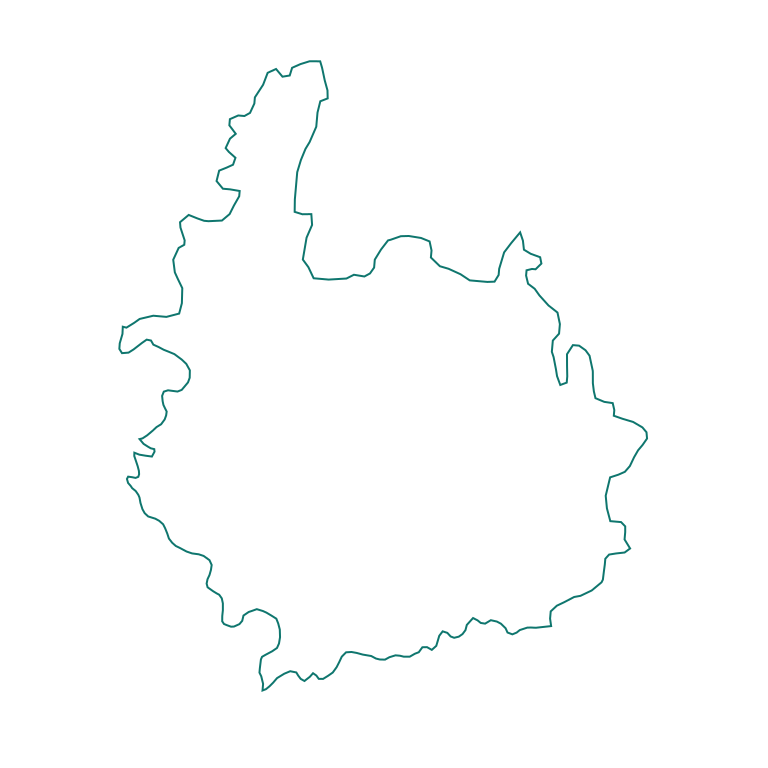 Asipovichy, Mogilev, Belarus, rotated 95°
{"feature_id": "67162791B915008440335", "entity_name": "Asipovichy", "entity_type": "district", "adm_level": 2, "iso_a3": "BLR", "parent_name": "Belarus", "parent_adm1": "Mogilev", "projection": "mercator", "projection_center": [28.671, 53.35], "detail": "fine", "context": "isolated", "style": "outline", "palette": "teal", "viewbox_px": 768, "rotation_deg": 95, "n_neighbors": 0, "source": "geoboundaries", "source_scale": "gbopen_adm2", "svg_char_len": 4556}
<svg xmlns="http://www.w3.org/2000/svg" viewBox="0 0 768 768"><g transform="rotate(95 384 384)"><path d="M460.2,622.7L464.6,618.3L467.1,613.5L468.4,610.7L468.9,607.2L471.4,606.7L476.5,608.9L476.2,615.3L475.7,621.6L474.2,626.7L477.5,626.5L482.3,624.4L487.4,622.2L491.9,620.6L495.2,620.1L497.9,620.7L499.2,623.3L498.8,626.8L498.6,630.8L501.0,631.8L504.9,630.3L507.7,627.4L509.7,625.8L512.3,622.0L515.8,619.1L518.4,617.7L523.8,616.2L529.8,613.7L533.6,611.1L536.5,607.4L538.1,600.1L539.9,596.0L543.0,591.8L546.7,589.5L551.8,586.9L556.7,584.8L560.6,581.2L563.5,577.3L565.1,573.1L568.1,566.1L569.5,560.4L569.8,553.7L571.0,548.7L574.7,542.5L579.3,539.9L584.3,540.2L589.5,541.2L593.9,542.8L598.3,543.3L601.9,542.0L605.3,536.2L607.1,532.6L608.3,529.8L611.7,526.9L616.6,525.4L623.4,524.8L629.2,524.9L634.5,524.5L637.0,522.5L637.9,519.7L639.1,515.2L638.7,512.3L635.8,507.1L632.3,504.6L626.9,503.8L622.9,498.9L621.7,496.1L619.4,491.1L620.7,484.9L622.0,481.2L624.6,475.8L627.2,470.8L631.8,468.5L637.7,466.4L645.3,465.5L651.7,466.0L656.3,467.6L660.0,472.1L664.1,478.4L666.4,481.7L669.1,482.6L678.0,482.9L682.4,482.9L685.9,480.8L693.3,478.3L699.9,478.3L698.3,475.0L695.1,471.7L691.3,468.5L686.3,464.9L681.3,458.1L678.3,452.4L679.0,446.2L681.9,444.1L685.0,441.3L686.8,437.4L682.2,432.4L678.3,429.5L680.3,426.0L683.4,423.3L683.1,419.0L679.5,414.2L675.9,409.9L670.2,406.5L665.0,404.4L659.3,402.3L654.6,398.4L653.8,393.0L654.3,387.7L655.4,381.6L656.1,373.0L658.2,368.1L658.8,364.2L658.5,359.0L655.7,354.8L653.3,348.9L653.3,344.5L653.9,340.6L653.4,334.6L650.0,329.7L648.2,326.0L642.9,322.8L642.4,318.2L644.7,313.2L640.3,309.1L636.4,308.3L630.0,307.0L625.3,304.0L626.4,299.2L629.7,295.6L630.7,292.0L629.2,287.5L626.3,284.0L622.1,281.4L616.8,280.5L609.4,274.9L611.3,270.2L613.6,266.8L613.9,262.4L610.0,257.0L610.8,250.9L612.6,246.6L616.7,241.6L620.8,239.3L622.2,234.3L620.1,230.2L617.3,227.3L614.2,220.0L613.8,216.4L613.6,211.5L610.6,196.4L603.3,198.1L596.0,198.1L589.8,192.5L585.8,185.7L579.6,176.0L577.9,169.8L571.6,159.1L562.6,150.0L559.8,148.9L551.3,148.6L544.5,148.3L538.8,148.3L534.3,144.9L532.6,138.1L530.9,129.6L526.4,124.5L517.9,130.8L510.5,130.8L504.8,131.3L500.9,135.8L500.9,146.6L488.4,151.1L476.0,153.4L457.3,150.6L453.9,142.6L450.5,136.4L444.3,131.9L435.2,128.5L427.9,125.1L422.2,121.1L415.4,117.2L409.2,118.3L404.7,122.8L400.1,132.5L397.9,143.2L395.6,152.3L389.9,152.3L383.1,154.5L382.6,163.0L379.7,172.1L373.0,174.3L365.0,176.0L354.0,177.0L352.6,177.2L337.9,181.7L332.8,186.2L328.8,193.0L328.8,199.2L338.4,204.3L350.3,203.2L360.5,202.1L366.7,202.1L369.6,208.3L361.1,212.3L354.3,214.0L342.4,217.4L337.3,219.6L331.6,219.6L326.0,219.6L318.6,214.0L309.0,214.0L297.7,217.4L291.4,227.0L282.2,236.9L276.0,242.2L271.6,249.2L263.6,251.9L258.3,251.9L256.5,246.6L256.5,243.0L250.3,237.7L244.1,239.5L241.5,249.2L238.0,256.3L229.1,258.1L221.1,261.6L232.6,269.6L242.4,275.8L259.2,279.3L265.4,279.3L272.4,282.8L273.3,289.9L273.3,300.5L273.3,307.6L268.0,317.3L263.6,329.7L261.8,338.6L253.9,348.3L246.8,348.3L238.0,351.0L235.3,359.8L234.4,372.2L235.3,380.1L239.7,389.9L240.6,392.5L250.3,398.7L260.9,404.0L268.9,404.0L275.1,407.6L278.6,412.9L277.8,423.5L282.2,430.6L284.8,448.2L284.8,463.3L274.2,469.5L267.1,475.7L245.0,473.9L231.8,469.5L221.1,471.2L222.0,480.1L220.3,488.0L207.9,488.9L193.7,488.9L180.5,488.9L168.1,486.3L156.6,482.7L149.5,479.2L133.6,473.9L119.4,473.9L107.9,472.1L104.4,465.0L96.4,465.9L86.7,469.5L75.2,473.0L74.0,473.4L68.1,475.7L69.0,486.3L72.6,495.1L77.0,503.1L84.9,504.8L86.7,511.9L79.6,519.0L84.1,527.0L96.4,530.5L109.7,537.6L115.9,537.6L125.6,541.1L129.2,546.4L129.2,552.6L133.6,560.6L139.8,560.6L147.7,553.5L153.0,558.8L162.8,562.3L166.3,558.8L171.6,551.7L178.7,553.5L182.2,559.7L185.8,566.8L196.4,568.5L203.5,561.5L203.5,554.4L204.3,544.6L209.6,544.6L219.4,549.1L228.2,552.6L235.3,559.7L237.1,573.0L237.1,577.4L235.3,584.4L232.6,593.3L240.6,601.3L245.9,600.4L258.3,595.1L262.7,595.1L266.3,600.4L278.6,604.8L291.0,602.1L297.2,598.6L306.1,593.3L321.1,592.4L331.7,594.2L336.1,606.6L336.1,619.8L340.5,633.1L345.0,638.4L350.3,645.5L349.7,649.2L356.9,648.9L366.5,650.8L372.1,650.7L376.1,647.7L375.0,641.2L371.4,636.5L364.2,628.7L360.5,624.3L361.0,619.9L364.9,617.2L366.8,611.8L369.1,606.4L370.6,601.4L372.5,595.4L377.3,587.6L381.2,582.7L387.3,578.6L394.7,578.1L399.5,579.4L403.1,581.9L407.5,585.0L409.5,589.0L409.3,594.2L409.1,598.6L410.8,602.7L415.2,604.0L420.5,603.0L424.1,601.9L427.5,599.9L430.4,598.1L434.3,598.3L438.4,599.4L443.5,602.5L446.7,606.8L450.8,610.5L455.8,615.5L459.2,619.8L460.2,622.7Z" fill="none" stroke="#0f766e" stroke-width="2"/></g></svg>